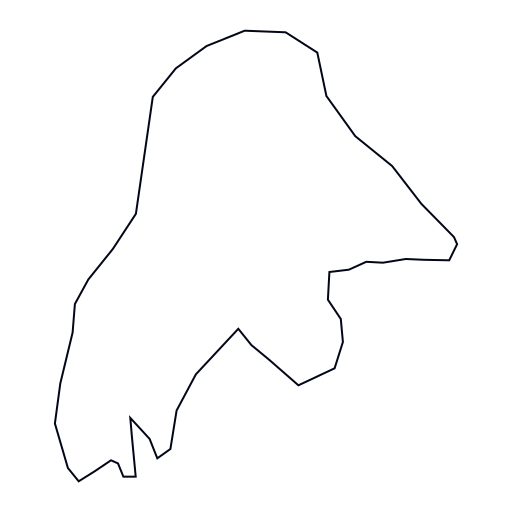 Busan, Mercator projection
{"feature_id": "KOR-2507", "entity_name": "Busan", "entity_type": "Metropolitan City", "adm_level": 1, "iso_a3": "KOR", "parent_name": "South Korea", "parent_adm1": "", "projection": "mercator", "projection_center": [129.065, 35.158], "detail": "fine", "context": "isolated", "style": "outline", "palette": "ink", "viewbox_px": 512, "rotation_deg": 0, "n_neighbors": 0, "source": "natural_earth", "source_scale": "10m", "svg_char_len": 700}
<svg xmlns="http://www.w3.org/2000/svg" viewBox="0 0 512 512"><path d="M457.1,244.2L449.2,260.3L424.2,259.8L405.8,259.0L383.0,262.7L366.3,261.8L348.8,269.7L329.4,272.0L327.9,299.7L340.8,319.0L342.9,342.0L334.6,368.3L298.4,385.3L269.2,359.8L251.4,345.1L238.3,328.8L195.9,374.3L176.6,410.5L170.4,449.0L157.3,458.3L149.6,438.9L130.3,417.9L131.9,436.6L135.7,476.7L123.4,476.7L118.0,463.4L111.0,460.3L94.5,471.4L78.7,481.3L67.9,468.0L54.9,423.5L60.3,383.4L72.6,332.6L74.9,304.0L88.3,279.5L112.9,248.9L135.9,213.8L152.8,96.9L175.9,68.3L206.6,46.0L244.7,30.7L285.6,32.3L317.3,52.6L326.4,96.0L355.3,136.2L392.2,166.1L421.4,203.9L454.0,237.1L457.1,244.2Z" fill="none" stroke="#020617" stroke-width="2"/></svg>